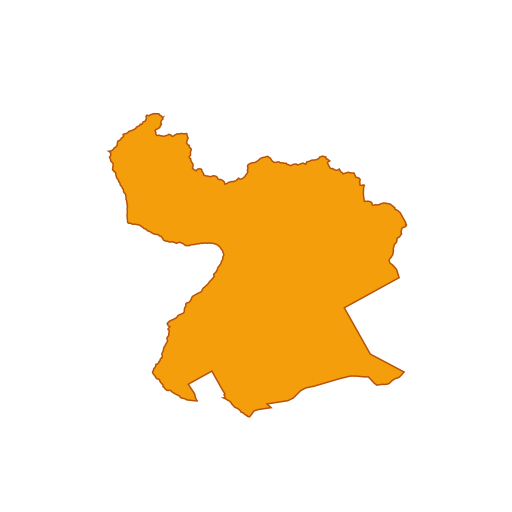 Las Heras, Mendoza, Argentina (Equal Earth projection), rotated 61°
{"feature_id": "61730980B92952848138392", "entity_name": "Las Heras", "entity_type": "district", "adm_level": 2, "iso_a3": "ARG", "parent_name": "Argentina", "parent_adm1": "Mendoza", "projection": "equal_earth", "projection_center": [-69.707, -32.525], "detail": "fine", "context": "isolated", "style": "filled", "palette": "amber", "viewbox_px": 512, "rotation_deg": 61, "n_neighbors": 0, "source": "geoboundaries", "source_scale": "gbopen_adm2", "svg_char_len": 6109}
<svg xmlns="http://www.w3.org/2000/svg" viewBox="0 0 512 512"><g transform="rotate(61 256 256)"><path d="M392.0,341.3L393.3,340.1L393.5,339.3L390.5,332.7L391.5,328.1L396.0,316.3L390.7,318.1L398.0,298.2L398.3,292.3L395.4,282.1L395.5,276.6L397.3,270.5L397.8,269.3L403.9,242.0L406.6,232.2L407.3,230.6L410.0,226.0L413.7,220.7L416.2,216.3L424.1,214.4L427.5,213.0L429.4,207.8L430.5,206.2L431.6,203.7L432.0,201.9L431.8,200.0L431.2,198.5L430.7,193.8L431.2,192.2L431.4,189.2L429.3,182.7L397.2,203.6L344.1,203.9L344.3,141.3L336.0,139.6L330.3,140.8L327.3,142.2L324.4,141.8L323.4,140.7L322.8,138.8L321.1,135.7L317.6,132.9L316.1,132.5L314.5,130.6L313.3,130.0L312.0,126.3L308.8,123.8L308.9,121.4L307.2,117.9L305.3,117.6L302.4,114.7L302.4,113.0L302.8,111.4L302.4,109.8L301.7,109.3L301.0,109.9L300.5,109.9L299.9,108.9L288.2,108.9L285.1,109.9L282.5,111.7L281.0,111.2L275.4,113.6L271.6,118.4L271.0,120.8L270.5,124.7L269.1,126.3L268.6,128.7L267.7,129.5L266.2,129.0L264.9,129.1L263.6,130.0L262.5,131.3L260.7,134.7L254.2,132.3L248.5,128.8L247.4,127.9L247.1,127.1L246.1,127.2L245.2,129.8L244.6,130.6L243.6,130.5L242.3,129.5L241.1,129.6L240.4,128.3L239.2,127.8L237.6,128.2L235.4,130.5L231.0,130.0L228.8,133.6L227.5,134.5L226.3,140.1L225.2,140.1L223.1,141.1L220.3,141.0L220.4,143.0L219.9,144.3L218.9,145.4L216.7,146.5L216.1,147.8L214.9,148.6L209.3,148.4L208.7,147.9L208.6,145.4L205.7,146.7L204.8,147.5L203.8,147.3L203.3,146.9L201.1,149.2L200.7,149.9L200.6,151.7L200.3,152.3L201.1,153.6L201.1,156.1L200.6,157.9L199.2,160.7L199.0,163.6L198.3,165.8L198.6,166.6L199.7,167.6L199.7,168.2L197.5,169.8L196.5,175.7L195.0,176.2L193.9,179.0L193.8,182.0L192.1,183.1L191.0,184.4L189.6,184.5L189.4,185.3L188.0,186.7L186.3,189.5L184.7,190.4L183.3,194.2L182.3,195.2L180.1,195.9L177.4,196.0L176.3,196.7L174.8,197.2L174.1,198.3L174.0,200.1L173.2,201.9L172.8,204.9L173.6,208.2L173.7,210.7L173.5,211.9L172.3,215.4L172.3,218.6L173.4,220.0L175.1,220.3L177.1,222.2L178.4,222.3L179.7,224.1L180.3,226.0L181.1,227.1L181.6,229.7L181.6,231.6L181.2,232.5L180.5,233.2L179.5,233.4L180.5,237.4L179.9,238.8L180.1,239.7L179.3,240.7L178.7,242.4L178.7,243.4L178.3,244.5L178.5,245.5L178.2,248.3L175.9,247.9L174.4,248.2L171.9,249.8L171.1,251.4L170.4,251.8L167.5,251.9L165.5,253.7L164.7,256.0L164.7,257.4L162.6,259.5L161.7,261.0L159.8,262.5L158.7,262.0L155.0,262.1L154.1,261.6L153.5,261.7L152.0,263.7L151.8,264.9L151.9,265.9L152.5,266.8L150.9,268.3L148.3,269.0L147.0,267.6L145.0,266.5L143.6,266.8L141.7,266.7L140.5,266.6L139.5,266.0L138.1,266.6L137.1,266.5L135.9,264.3L133.4,263.0L131.6,261.1L130.8,260.8L128.4,261.5L127.0,260.7L126.3,261.4L123.7,262.1L120.7,259.5L120.4,258.6L119.8,258.1L117.8,258.0L115.3,257.2L113.9,260.4L112.9,261.3L111.3,265.4L110.8,266.0L111.0,270.8L110.7,271.3L108.7,271.9L107.4,273.1L107.5,275.1L107.0,276.2L106.9,277.6L106.6,278.7L105.4,279.9L104.9,280.9L103.4,282.1L102.6,284.3L100.7,284.6L99.5,283.7L97.3,283.5L97.0,282.6L97.0,277.9L95.5,276.4L95.4,275.4L94.8,274.7L93.5,274.8L92.8,274.4L91.4,272.6L91.1,271.1L89.9,270.5L89.6,270.0L89.6,270.7L88.6,270.9L88.2,270.7L85.4,272.1L84.5,272.0L81.8,276.7L81.7,278.3L81.3,279.4L81.4,281.6L80.0,283.1L80.4,284.4L81.6,284.7L83.0,285.6L84.3,287.5L84.1,289.9L85.4,291.9L85.4,292.4L84.7,293.4L85.1,293.7L85.5,295.2L85.3,298.0L86.2,299.5L86.0,304.3L85.6,305.4L85.4,307.0L86.0,308.3L86.0,309.7L85.2,313.1L85.4,313.5L86.4,313.4L87.4,314.2L87.6,316.6L88.5,317.9L88.8,320.2L88.5,320.7L88.9,321.6L91.9,323.9L92.8,326.0L92.7,327.4L93.6,329.3L93.8,331.5L93.7,332.4L93.0,334.0L94.9,333.0L95.5,333.5L96.5,333.5L97.9,334.7L98.5,336.3L100.0,336.2L102.8,337.0L105.7,336.1L107.5,337.1L110.8,339.6L111.4,339.7L112.2,339.1L113.4,339.2L114.5,338.5L115.4,338.5L117.3,339.3L120.4,340.0L123.0,339.5L124.0,340.0L126.1,339.7L128.3,340.3L130.9,339.7L132.3,340.1L133.5,339.6L135.6,340.7L137.2,340.6L138.4,340.1L141.8,341.2L143.2,342.2L144.8,342.3L147.7,343.5L148.4,343.4L149.5,344.3L150.1,344.2L151.9,345.7L154.3,346.7L158.3,349.3L164.5,352.0L165.7,351.5L166.6,349.7L168.2,348.8L169.5,346.4L172.9,342.5L174.7,342.0L175.6,341.1L177.4,340.8L179.3,339.1L181.2,338.8L182.7,337.3L186.9,334.9L190.2,331.0L191.6,330.7L193.3,329.3L197.4,329.1L199.0,327.9L200.3,326.2L201.5,325.2L202.1,324.5L203.0,322.1L203.7,321.8L204.2,320.8L205.3,320.4L205.7,319.6L206.3,319.5L206.9,316.1L210.1,313.6L212.5,312.7L214.5,309.6L214.7,307.0L215.5,305.7L216.0,304.1L216.4,303.6L216.6,301.9L217.5,300.4L218.3,297.4L219.1,296.5L220.1,293.8L221.3,292.4L221.9,290.5L222.7,289.8L223.6,287.7L224.5,287.3L224.8,286.7L227.0,284.7L230.4,283.2L233.1,283.1L234.9,282.7L239.3,283.5L241.2,285.9L242.6,286.5L244.1,289.0L244.9,289.6L245.8,290.9L247.9,295.3L249.3,296.6L250.8,299.1L251.4,301.7L252.0,302.2L253.5,302.4L254.1,303.5L255.6,307.8L255.8,309.1L256.8,310.6L258.1,315.1L258.3,317.0L259.1,319.0L260.3,320.3L260.6,321.4L260.8,322.3L260.5,323.5L260.5,330.6L260.8,331.6L263.3,335.0L263.7,336.2L264.0,337.3L263.4,339.7L263.8,340.5L265.6,341.6L267.3,344.1L269.7,345.6L270.6,346.7L270.7,348.2L270.2,352.5L270.3,353.3L271.3,355.1L271.5,356.0L271.3,357.9L271.5,359.0L271.1,360.7L271.2,361.5L271.0,363.2L271.9,366.4L274.4,366.6L276.1,365.6L277.2,368.4L277.9,368.6L279.0,368.1L279.8,368.3L281.7,370.1L282.8,370.6L283.7,371.8L283.8,372.6L285.0,374.0L286.9,374.3L287.8,374.8L289.6,378.2L290.5,379.0L291.2,380.8L294.1,383.3L296.0,385.9L298.3,386.6L299.6,387.8L299.3,388.4L299.7,389.6L300.9,390.6L301.3,392.1L301.9,392.3L302.4,393.6L302.7,395.1L302.2,396.1L303.9,397.3L304.8,399.2L304.9,400.0L306.6,401.4L306.7,402.0L307.6,402.9L308.2,403.1L312.4,402.5L314.0,402.6L315.6,402.0L316.6,400.8L317.5,400.5L320.0,400.8L323.4,399.9L325.5,400.7L326.3,400.0L328.5,399.8L330.4,399.0L331.4,397.4L331.6,396.5L332.1,396.0L334.9,395.0L337.8,393.3L341.4,390.7L342.9,390.7L343.8,390.3L346.7,387.1L348.2,386.4L352.7,380.1L353.6,378.4L354.8,377.5L353.4,377.8L350.2,377.6L347.0,376.5L335.3,377.4L335.3,350.4L356.3,350.3L361.7,350.0L361.8,351.2L364.0,351.3L364.9,351.8L364.3,353.3L367.1,351.2L368.7,350.6L369.1,350.0L372.3,348.8L373.4,349.0L377.8,348.0L380.8,345.8L383.5,344.8L385.4,344.7L387.0,343.3L389.6,342.4L391.3,341.1L392.0,341.3Z" fill="#f59e0b" stroke="#b45309" stroke-width="1.5"/></g></svg>